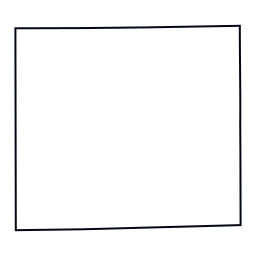 outline of DeKalb, Indiana, United States of America
{"feature_id": "52423323B7448583002451", "entity_name": "DeKalb", "entity_type": "district", "adm_level": 2, "iso_a3": "USA", "parent_name": "United States of America", "parent_adm1": "Indiana", "projection": "albers", "projection_center": [-84.887, 41.397], "detail": "fine", "context": "isolated", "style": "outline", "palette": "ink", "viewbox_px": 256, "rotation_deg": 0, "n_neighbors": 0, "source": "geoboundaries", "source_scale": "gbopen_adm2", "svg_char_len": 318}
<svg xmlns="http://www.w3.org/2000/svg" viewBox="0 0 256 256"><path d="M239.8,25.8L145.4,27.4L80.7,28.1L15.4,28.3L15.8,230.2L81.9,229.3L240.6,225.1L240.4,150.6L240.2,119.6L240.3,119.5L240.3,117.0L240.3,105.9L240.3,98.6L240.0,58.0L239.9,48.7L239.8,25.8L239.8,25.8Z" fill="none" stroke="#020617" stroke-width="2"/></svg>